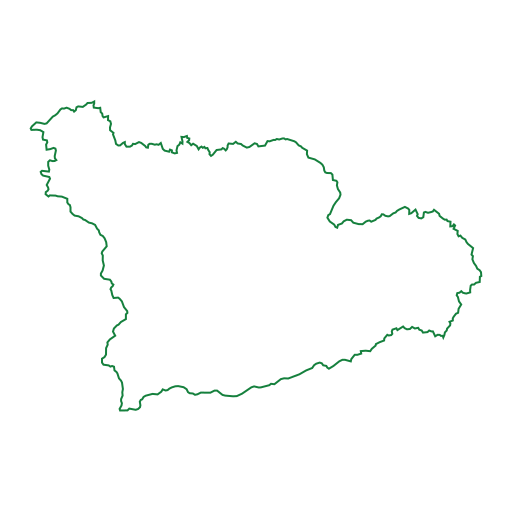 the district of Goiás, Goiás, Brazil
{"feature_id": "56859067B96777587562664", "entity_name": "Goiás", "entity_type": "district", "adm_level": 2, "iso_a3": "BRA", "parent_name": "Brazil", "parent_adm1": "Goiás", "projection": "orthographic", "projection_center": [-50.254, -15.839], "detail": "fine", "context": "isolated", "style": "outline", "palette": "green", "viewbox_px": 512, "rotation_deg": 0, "n_neighbors": 0, "source": "geoboundaries", "source_scale": "gbopen_adm2", "svg_char_len": 6039}
<svg xmlns="http://www.w3.org/2000/svg" viewBox="0 0 512 512"><path d="M183.6,387.2L186.6,389.2L188.0,392.1L189.6,393.2L192.9,393.5L195.0,394.8L197.4,394.3L200.8,392.6L210.3,392.7L214.5,390.6L217.1,390.6L222.5,394.9L225.2,395.6L233.2,396.3L236.8,396.1L242.0,393.7L251.4,387.3L254.1,386.4L258.8,387.5L260.8,387.4L269.3,385.2L271.0,383.8L274.4,384.2L280.9,379.1L284.1,378.3L288.2,378.5L299.4,374.3L306.2,370.4L312.2,368.0L314.1,365.2L316.2,363.7L319.7,362.6L321.8,363.3L323.2,365.3L326.3,365.9L327.3,367.6L328.9,368.7L333.4,366.0L339.3,361.3L342.4,359.8L345.0,359.8L350.8,361.4L351.3,359.1L354.7,354.8L357.4,354.8L361.2,353.6L360.8,351.1L365.7,350.7L370.2,351.2L371.8,348.8L375.6,345.6L375.9,344.1L379.6,342.2L384.1,340.5L384.3,338.4L387.3,334.8L388.7,335.5L391.2,335.1L392.3,333.8L391.8,331.4L392.5,329.6L396.4,328.3L397.4,330.1L403.1,326.5L404.7,328.2L407.0,329.3L409.9,329.0L412.1,326.9L414.9,328.5L418.2,327.8L419.3,329.7L421.7,330.5L423.0,332.6L427.5,332.1L429.2,330.5L431.3,331.4L432.9,331.4L435.2,336.3L437.6,334.8L439.7,334.9L441.0,335.9L442.7,335.8L443.3,337.5L444.4,335.0L444.9,332.4L446.7,330.5L447.1,328.6L450.1,325.4L450.4,323.5L449.5,321.8L452.8,320.5L452.8,318.3L453.7,316.7L456.0,313.7L458.1,312.8L458.6,308.8L461.2,304.5L459.0,301.4L457.9,297.0L456.7,295.3L457.3,293.1L459.5,292.7L461.3,291.2L462.8,292.7L464.9,293.3L466.4,293.5L470.2,292.4L470.1,289.9L470.7,285.7L472.0,284.5L474.1,284.5L476.0,282.8L479.7,282.0L479.9,276.8L481.3,276.0L481.0,272.2L479.6,270.2L477.3,268.7L476.1,266.0L473.9,263.0L472.4,259.3L472.9,256.1L471.5,254.6L473.1,248.1L467.9,243.9L466.5,242.1L465.3,239.5L462.3,237.9L460.4,235.6L458.6,236.3L457.4,234.0L457.7,230.9L453.6,228.8L455.1,225.5L453.9,224.4L452.5,226.2L450.3,226.4L450.5,221.7L447.5,221.1L446.6,219.6L444.8,219.7L443.1,218.7L439.6,215.9L439.1,213.8L434.0,209.8L432.8,211.5L430.9,212.1L428.0,212.8L425.4,211.9L423.9,212.5L423.3,217.2L421.3,218.4L418.6,217.9L417.0,215.9L417.7,214.2L415.5,209.6L411.3,213.2L409.2,213.9L409.3,210.0L408.2,208.6L404.9,206.9L399.3,209.5L397.0,210.9L395.6,212.5L393.3,213.3L389.7,216.1L388.1,216.4L385.3,215.8L383.4,214.4L381.8,214.3L380.7,216.3L379.0,217.5L376.5,218.6L375.5,219.9L371.2,221.7L369.6,220.5L368.0,220.7L365.8,221.6L362.6,224.2L358.6,224.1L353.3,222.7L351.1,220.2L346.8,219.7L343.7,221.3L341.9,223.5L338.0,224.9L337.2,227.7L335.5,227.0L334.2,224.6L329.8,221.5L327.4,217.7L328.3,215.1L330.0,214.1L333.5,205.7L335.9,202.1L339.1,198.3L340.5,194.7L340.2,192.5L337.9,189.0L336.9,185.3L337.4,182.3L336.4,180.8L332.9,180.0L332.4,174.6L330.9,173.1L327.0,173.0L325.3,172.4L324.3,170.6L323.8,167.3L322.4,164.7L320.4,162.9L314.8,159.4L308.4,157.6L306.9,154.2L307.1,150.6L302.2,147.8L301.0,146.4L298.7,145.4L296.0,142.3L294.4,141.3L287.1,139.0L285.6,139.4L284.0,138.4L282.3,138.5L279.2,139.5L276.8,139.0L275.1,140.0L273.6,139.9L269.7,141.3L267.5,141.1L265.0,145.6L258.4,146.4L257.0,144.0L254.6,143.3L249.4,147.0L246.8,147.6L242.7,145.5L241.0,144.0L237.7,143.5L235.8,141.8L233.1,143.9L228.6,143.5L227.6,145.5L227.6,147.2L226.8,149.2L225.7,150.4L224.2,148.8L222.7,148.1L221.4,149.4L216.6,150.0L212.8,154.7L211.0,155.9L209.5,154.2L209.7,152.2L208.3,150.1L207.4,148.0L205.4,148.3L204.4,146.9L202.8,147.8L201.5,146.6L199.8,147.6L198.6,149.3L196.8,146.0L193.1,143.7L191.2,145.2L189.5,143.1L187.4,141.9L189.1,140.2L189.3,138.5L187.2,137.9L186.9,136.0L183.8,137.1L181.5,136.9L182.5,141.5L182.4,143.6L180.3,142.3L179.3,144.7L177.5,146.1L176.5,150.4L177.0,152.9L174.7,153.4L171.8,152.3L171.9,150.4L170.0,149.6L169.1,151.7L164.6,150.6L162.8,148.9L160.8,143.0L158.6,144.8L156.6,144.3L154.8,144.7L151.8,143.8L149.6,143.8L148.3,144.8L147.9,147.7L146.2,147.4L145.2,146.0L141.2,142.9L139.0,142.1L135.1,144.1L133.0,143.8L132.0,145.5L129.9,146.7L126.5,146.7L124.8,144.1L124.8,142.1L123.0,142.9L120.1,145.4L118.3,145.5L116.0,143.9L115.3,140.4L113.0,134.4L113.5,132.9L110.1,130.2L110.0,127.4L111.0,123.9L110.3,121.3L108.0,120.1L108.1,116.1L103.6,117.4L102.6,116.1L102.2,113.6L100.7,112.1L100.2,107.8L98.3,108.2L93.8,107.6L93.5,105.3L94.2,103.6L94.2,101.5L91.8,102.8L87.5,103.0L86.2,104.5L82.8,106.9L78.2,106.4L76.5,107.3L75.8,110.2L74.1,111.6L73.2,110.2L71.1,110.1L69.5,108.8L66.6,107.7L64.0,108.6L62.0,108.4L60.4,109.5L57.5,113.4L55.2,115.3L52.8,116.6L46.6,123.4L44.5,123.9L40.1,122.8L36.3,122.4L31.9,126.4L30.7,128.5L31.4,129.9L36.8,129.7L40.2,130.2L43.4,132.1L42.5,137.2L43.0,139.6L46.9,140.4L47.3,142.3L46.1,144.6L46.6,149.7L50.3,149.1L53.6,147.9L55.4,148.6L55.9,150.5L54.7,156.1L54.9,158.3L56.3,160.1L54.6,161.0L52.5,161.1L49.9,160.3L48.2,161.9L48.2,165.7L49.3,169.6L48.9,171.6L42.0,170.8L40.7,171.9L41.5,174.2L43.1,175.6L49.3,177.0L50.0,178.7L46.7,185.0L48.1,187.5L48.5,189.3L47.6,190.8L45.8,192.1L45.6,194.2L48.5,196.5L49.8,195.4L55.6,195.6L57.7,196.3L61.8,196.6L67.3,198.8L67.3,202.5L68.5,204.2L69.9,205.1L70.5,207.3L70.5,211.6L72.5,213.9L74.6,215.6L78.6,216.3L82.0,218.1L83.3,219.5L85.1,220.0L88.9,222.6L92.0,223.3L95.1,224.9L97.1,228.7L98.8,230.4L99.2,232.3L100.4,234.8L102.8,236.0L104.6,238.3L106.2,242.2L106.7,246.3L102.3,251.5L101.7,253.3L102.8,255.5L102.7,260.4L103.9,265.5L102.6,270.5L100.9,273.5L100.9,275.5L104.1,278.8L109.9,279.7L111.3,281.5L111.8,283.4L113.4,284.6L112.7,286.1L111.2,287.5L110.5,289.2L111.3,290.6L112.3,295.1L113.6,298.0L118.1,297.6L119.6,298.7L121.9,301.4L124.0,307.1L127.2,311.1L127.4,312.9L125.9,314.3L125.9,319.1L120.9,322.0L118.5,324.7L116.9,325.4L113.9,328.5L113.0,331.6L115.2,335.7L109.9,339.4L107.4,342.4L107.7,344.7L106.1,348.1L106.0,354.6L104.5,357.1L102.0,358.7L102.0,362.6L103.5,364.7L108.7,365.4L110.4,366.6L112.1,366.0L114.0,366.7L114.5,370.4L116.5,372.0L117.4,373.4L119.0,378.4L121.0,380.6L122.0,382.6L122.9,389.0L122.3,392.3L122.6,395.6L121.1,399.1L121.1,401.1L121.9,403.2L121.5,405.5L119.6,408.9L120.1,410.5L127.5,410.4L129.3,408.6L135.7,409.8L138.1,409.0L140.0,407.2L140.4,405.3L139.8,401.7L140.8,399.9L142.2,399.3L143.6,396.9L145.7,395.7L152.5,393.9L157.6,394.4L161.3,391.7L162.7,389.4L165.6,390.5L167.6,390.1L169.4,388.6L171.8,387.4L175.3,386.3L178.2,386.1L183.6,387.2Z" fill="none" stroke="#15803d" stroke-width="2"/></svg>